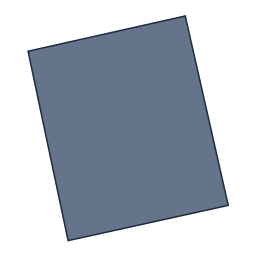 Frio, Texas, United States of America (Albers equal-area conic projection), rotated 258°
{"feature_id": "52423323B99594247353741", "entity_name": "Frio", "entity_type": "district", "adm_level": 2, "iso_a3": "USA", "parent_name": "United States of America", "parent_adm1": "Texas", "projection": "albers", "projection_center": [-99.206, 28.866], "detail": "fine", "context": "isolated", "style": "filled", "palette": "slate", "viewbox_px": 256, "rotation_deg": 258, "n_neighbors": 0, "source": "geoboundaries", "source_scale": "gbopen_adm2", "svg_char_len": 236}
<svg xmlns="http://www.w3.org/2000/svg" viewBox="0 0 256 256"><g transform="rotate(258 128 128)"><path d="M30.3,46.0L31.5,210.0L35.8,209.9L225.7,207.3L223.9,46.2L30.3,46.0Z" fill="#64748b" stroke="#1e293b" stroke-width="1.5"/></g></svg>